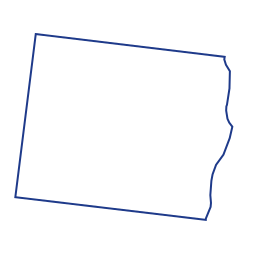 Alcona, Michigan, United States of America, rotated 7°
{"feature_id": "52423323B96820900190034", "entity_name": "Alcona", "entity_type": "district", "adm_level": 2, "iso_a3": "USA", "parent_name": "United States of America", "parent_adm1": "Michigan", "projection": "orthographic", "projection_center": [-83.376, 44.684], "detail": "fine", "context": "isolated", "style": "outline", "palette": "blue", "viewbox_px": 256, "rotation_deg": 7, "n_neighbors": 0, "source": "geoboundaries", "source_scale": "gbopen_adm2", "svg_char_len": 440}
<svg xmlns="http://www.w3.org/2000/svg" viewBox="0 0 256 256"><g transform="rotate(7 128 128)"><path d="M24.6,210.4L216.4,209.7L216.3,208.4L219.6,196.3L219.5,192.3L217.9,184.6L217.2,170.2L217.6,163.7L219.9,153.8L226.0,142.8L230.2,125.6L231.4,114.0L227.8,110.3L225.6,106.7L223.3,98.7L223.0,94.6L223.4,92.9L223.9,76.4L222.2,59.2L217.5,53.3L215.2,48.2L215.3,45.6L25.0,46.0L24.6,210.4Z" fill="none" stroke="#1e3a8a" stroke-width="2"/></g></svg>